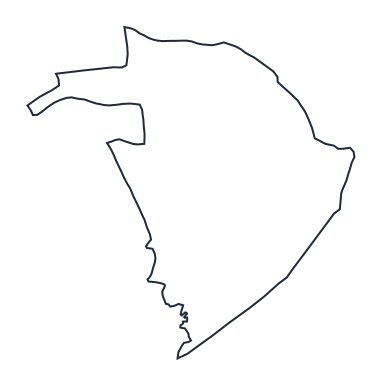 Southern Ijaw, Bayelsa, Nigeria (Mercator projection), rotated 269°
{"feature_id": "59680162B89388744582495", "entity_name": "Southern Ijaw", "entity_type": "district", "adm_level": 2, "iso_a3": "NGA", "parent_name": "Nigeria", "parent_adm1": "Bayelsa", "projection": "mercator", "projection_center": [5.914, 4.715], "detail": "fine", "context": "isolated", "style": "outline", "palette": "slate", "viewbox_px": 384, "rotation_deg": 269, "n_neighbors": 0, "source": "geoboundaries", "source_scale": "gbopen_adm2", "svg_char_len": 2632}
<svg xmlns="http://www.w3.org/2000/svg" viewBox="0 0 384 384"><g transform="rotate(269 192 192)"><path d="M25.9,174.7L30.4,184.7L48.8,211.0L60.5,226.7L74.7,247.1L85.8,261.8L99.0,277.1L104.9,285.3L112.1,290.5L123.1,299.1L168.0,333.7L172.2,339.5L185.0,340.9L188.0,341.2L192.0,342.6L201.0,346.7L207.9,348.8L211.9,350.2L218.8,352.3L220.7,353.3L224.1,355.0L225.6,354.8L229.3,354.3L233.5,350.8L232.6,344.3L232.6,339.0L235.9,334.6L237.4,327.9L237.8,326.2L241.3,319.9L243.6,315.7L254.0,313.1L254.9,312.8L262.9,309.7L268.3,307.4L272.5,305.2L276.4,302.5L281.6,299.3L289.8,291.1L290.9,289.8L295.5,284.8L300.5,279.6L305.5,279.5L311.2,275.4L317.8,266.6L321.2,262.1L325.6,256.2L327.6,252.3L330.5,247.5L334.0,243.2L336.9,238.0L341.0,226.4L339.2,219.3L338.4,214.7L339.4,204.9L340.4,200.1L342.4,194.8L342.5,194.6L343.4,189.6L343.5,185.0L343.4,178.0L343.5,174.6L343.5,173.6L343.4,166.4L343.4,165.0L343.9,160.6L344.9,156.3L346.7,151.5L349.6,146.5L351.6,142.3L354.7,138.2L355.4,136.7L356.7,133.7L358.1,127.3L338.7,129.8L330.7,130.1L319.8,128.6L319.4,127.8L317.7,124.0L318.1,115.4L318.0,114.5L315.9,91.1L315.4,85.5L312.6,58.1L307.6,60.4L301.1,61.0L300.9,61.0L295.9,53.2L293.1,47.7L290.1,41.9L287.0,37.2L283.8,32.5L281.3,29.0L276.9,32.0L271.7,34.3L271.9,38.9L275.4,44.0L279.2,48.9L283.6,55.6L286.3,61.8L288.3,68.2L288.7,73.4L287.3,79.1L286.3,86.5L284.2,91.8L282.4,97.0L282.1,98.3L281.5,101.2L280.5,105.5L280.0,110.4L280.5,118.0L281.1,123.0L281.3,124.4L281.5,132.1L280.3,141.3L274.9,143.6L269.9,144.0L265.6,144.6L259.3,144.9L250.5,145.6L243.9,145.3L241.0,145.2L240.5,138.6L241.0,134.2L244.2,124.9L246.0,120.3L245.3,116.1L243.8,112.4L242.5,107.9L237.5,110.9L235.6,112.0L230.6,114.3L224.3,116.8L219.1,119.2L213.2,121.9L207.3,124.4L201.0,127.6L196.7,130.2L188.8,133.3L180.4,137.3L173.4,140.3L169.3,142.0L164.9,144.1L157.8,146.2L150.6,149.1L145.1,150.2L143.2,148.5L138.5,145.0L136.8,146.0L135.9,151.6L130.9,153.7L128.2,154.1L126.0,154.3L122.9,153.7L122.0,153.5L116.3,151.6L113.9,151.0L112.4,150.5L110.0,149.7L106.9,147.6L105.5,146.0L103.3,146.9L102.8,151.1L102.5,154.0L101.5,158.7L100.5,161.9L100.1,162.6L99.1,163.3L97.6,162.9L92.8,160.5L90.3,160.7L87.6,161.3L80.7,163.9L80.0,166.6L77.8,168.2L78.6,172.6L80.3,176.6L78.9,181.2L73.1,179.3L69.7,178.5L68.9,179.4L68.7,179.7L70.0,180.9L70.9,182.2L71.7,183.1L71.6,183.9L71.0,184.5L70.4,184.9L69.2,183.5L68.1,183.1L67.3,182.4L67.0,182.0L66.3,182.8L66.6,184.8L65.4,185.1L62.6,184.7L62.6,180.7L61.4,180.9L60.2,180.4L58.8,178.1L56.7,177.9L56.2,180.0L55.8,182.5L52.5,184.7L50.1,186.1L47.5,186.2L43.5,188.4L42.2,186.2L41.3,181.4L39.0,179.6L32.3,175.7L25.9,174.7Z" fill="none" stroke="#1e293b" stroke-width="2"/></g></svg>